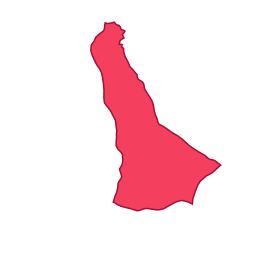 outline of Hungrel, Paro, Bhutan, rotated 55°
{"feature_id": "84629894B37720492215641", "entity_name": "Hungrel", "entity_type": "district", "adm_level": 2, "iso_a3": "BTN", "parent_name": "Bhutan", "parent_adm1": "Paro", "projection": "robinson", "projection_center": [89.452, 27.418], "detail": "fine", "context": "isolated", "style": "filled", "palette": "rose", "viewbox_px": 256, "rotation_deg": 55, "n_neighbors": 0, "source": "geoboundaries", "source_scale": "gbopen_adm2", "svg_char_len": 2224}
<svg xmlns="http://www.w3.org/2000/svg" viewBox="0 0 256 256"><g transform="rotate(55 128 128)"><path d="M28.7,86.3L30.2,87.9L31.9,89.2L34.0,91.5L34.4,92.6L34.5,93.7L34.5,96.0L35.0,100.9L35.1,102.4L36.1,103.7L37.6,106.3L38.0,107.7L38.9,110.4L43.2,114.0L46.3,115.1L47.5,115.5L52.5,116.5L55.5,117.0L58.0,117.3L60.3,117.4L63.5,117.3L66.4,117.7L69.1,118.6L72.4,120.1L77.8,122.8L83.2,125.9L85.8,127.8L89.1,130.2L92.2,132.0L94.0,132.9L102.1,132.5L103.5,132.4L114.5,133.9L124.1,139.0L126.5,141.1L129.3,142.9L131.5,144.8L134.3,146.9L135.7,147.9L140.1,148.4L142.0,147.9L144.5,147.6L147.0,147.8L148.3,149.0L150.8,150.3L153.5,152.6L155.0,154.6L156.8,158.6L160.8,159.8L164.2,161.1L164.9,161.9L165.7,163.6L166.6,166.0L167.7,167.9L171.0,170.6L174.5,174.6L176.5,177.8L180.3,182.6L181.5,181.7L184.4,180.7L188.0,178.7L189.8,177.2L191.8,175.4L192.7,174.8L194.0,173.5L195.6,172.1L196.6,171.3L198.1,170.3L199.5,169.1L200.9,168.1L201.6,167.0L202.1,165.8L202.7,163.6L203.3,161.5L204.3,159.3L206.6,156.5L207.9,155.4L209.0,154.1L210.9,152.1L212.0,150.8L213.4,148.3L214.1,146.6L214.8,144.1L214.9,141.9L215.3,137.5L215.6,135.3L215.9,131.9L216.5,129.9L217.2,127.7L218.3,125.4L220.7,123.1L223.8,120.7L227.3,118.9L225.8,117.7L223.2,115.5L219.0,109.9L214.9,103.8L213.1,99.6L212.7,97.1L212.2,91.5L212.6,88.4L212.9,85.1L212.8,82.8L211.8,75.7L211.6,73.4L208.9,74.3L206.9,74.8L204.8,75.5L203.4,76.3L202.4,77.1L201.1,78.6L200.2,79.2L198.5,79.9L197.2,80.1L195.6,80.4L192.5,81.7L187.7,84.0L183.2,85.9L177.6,87.9L172.6,89.0L168.1,90.0L165.2,91.0L162.2,92.1L157.8,94.2L154.6,95.4L148.4,97.6L146.0,98.7L142.5,100.5L140.5,100.3L138.2,99.2L135.8,98.6L133.3,98.1L129.9,97.0L126.9,95.6L123.8,94.1L121.4,93.3L118.8,92.7L116.1,92.5L114.1,92.4L110.0,92.3L105.3,91.9L101.1,89.9L98.6,89.7L94.0,91.7L92.3,91.4L90.5,90.8L89.7,90.0L83.4,90.6L78.8,91.2L76.1,90.6L74.3,90.2L67.5,89.3L62.6,87.6L60.8,86.1L59.6,86.1L58.5,86.8L57.0,85.9L56.5,84.9L55.5,85.6L54.4,87.2L53.0,85.6L52.0,84.8L51.8,83.3L51.8,81.5L51.9,79.6L50.4,79.4L48.4,79.1L47.3,75.4L46.4,74.9L44.8,76.1L43.3,77.1L40.9,76.3L39.6,76.5L38.4,76.6L38.0,77.6L36.6,78.1L35.6,78.5L33.6,78.4L32.9,79.8L32.4,81.5L31.8,82.6L31.4,83.6L30.8,84.7L29.8,85.6L28.7,86.3Z" fill="#f43f5e" stroke="#9f1239" stroke-width="1.5"/></g></svg>